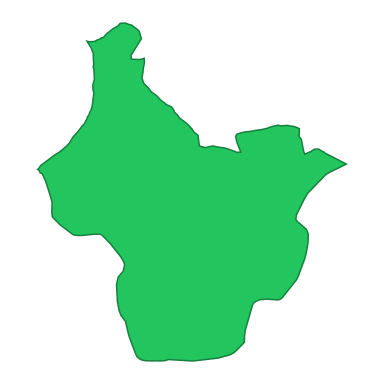 the district of Sardauna, Taraba, Nigeria
{"feature_id": "59680162B82734256395858", "entity_name": "Sardauna", "entity_type": "district", "adm_level": 2, "iso_a3": "NGA", "parent_name": "Nigeria", "parent_adm1": "Taraba", "projection": "orthographic", "projection_center": [11.214, 6.896], "detail": "fine", "context": "isolated", "style": "filled", "palette": "green", "viewbox_px": 384, "rotation_deg": 0, "n_neighbors": 0, "source": "geoboundaries", "source_scale": "gbopen_adm2", "svg_char_len": 2944}
<svg xmlns="http://www.w3.org/2000/svg" viewBox="0 0 384 384"><path d="M87.0,41.2L88.4,43.6L91.1,47.9L93.1,52.9L93.3,56.0L93.4,59.2L93.7,64.2L93.2,67.4L93.9,69.2L93.9,69.8L94.0,71.8L94.2,74.9L94.4,79.3L92.8,85.1L93.0,89.5L93.8,93.2L93.4,97.0L92.9,100.2L92.5,104.0L92.0,106.6L90.9,110.4L89.7,112.3L89.2,114.3L87.5,116.9L87.0,118.8L85.8,120.7L84.7,123.3L83.5,124.6L81.7,126.6L78.8,130.5L77.1,132.5L73.5,136.4L72.1,138.5L71.8,139.0L69.5,142.9L66.5,146.2L64.8,147.5L61.8,150.2L58.2,152.9L55.8,154.2L52.4,156.7L40.6,165.6L38.6,168.6L37.7,169.4L38.7,169.9L40.3,173.0L42.1,173.5L45.2,180.3L45.9,182.1L49.5,193.3L51.1,198.7L52.1,202.7L51.8,212.7L52.4,217.0L59.8,224.6L72.7,234.4L74.4,235.1L79.1,235.5L83.8,235.3L94.9,234.1L99.8,234.2L101.8,234.9L104.3,237.5L110.7,244.1L112.9,247.0L115.5,250.2L119.1,254.6L120.6,256.6L122.3,259.3L123.2,260.9L124.7,264.4L123.2,271.1L118.2,277.1L116.5,284.6L117.4,301.4L119.0,310.1L120.9,315.3L124.2,319.8L125.5,321.4L126.9,327.4L128.0,332.3L128.3,333.4L129.4,337.3L134.8,351.8L136.3,355.3L137.2,356.9L139.9,359.1L141.6,359.9L145.9,360.8L160.7,360.9L164.4,360.7L166.4,360.3L168.1,359.5L172.4,359.8L189.6,360.8L191.6,361.0L193.8,360.9L218.1,358.1L229.6,354.9L231.4,354.2L234.5,352.2L235.8,351.0L242.1,344.8L244.4,342.2L244.5,337.1L244.9,333.0L245.2,330.6L252.5,305.1L253.3,303.4L256.1,301.2L259.6,299.8L266.3,299.1L277.8,299.9L279.8,299.4L281.3,298.5L282.6,297.3L289.0,289.2L296.0,280.4L297.0,278.9L298.5,275.7L298.6,275.4L304.7,258.8L305.3,256.8L306.7,250.6L308.1,241.9L308.3,234.4L307.0,230.6L306.1,229.1L299.5,223.2L298.9,222.8L298.0,222.2L295.8,219.4L296.4,214.9L304.8,198.1L307.1,194.4L307.6,193.4L325.8,174.6L328.8,172.7L346.3,164.1L345.9,163.9L334.2,157.8L326.2,153.7L325.2,153.2L324.1,152.1L321.5,151.0L319.0,149.2L316.0,149.0L313.8,149.5L311.1,151.4L304.7,154.2L303.5,150.6L301.3,139.2L299.1,136.4L299.4,128.7L296.8,127.5L293.7,126.4L289.9,126.0L288.1,125.4L285.0,125.6L280.6,125.8L278.1,125.2L274.5,126.0L270.8,126.8L267.1,128.3L264.1,129.0L260.4,129.8L257.9,130.0L253.6,130.8L248.1,131.7L245.6,131.8L242.5,132.5L239.5,133.3L237.0,134.1L235.6,136.3L236.8,142.1L240.8,152.1L236.9,152.3L231.9,150.3L224.8,148.0L220.9,147.5L218.2,147.0L216.8,146.8L212.8,145.9L205.1,147.6L199.4,146.0L198.0,135.2L194.8,132.8L193.5,131.6L192.2,129.2L191.6,128.6L188.9,125.5L186.3,123.1L183.1,120.7L179.9,118.4L177.2,114.7L174.6,112.3L173.3,109.2L171.3,106.8L166.2,104.5L164.3,102.7L162.4,101.5L159.8,99.1L157.1,96.1L153.9,93.7L151.4,91.9L148.7,88.2L145.5,85.2L143.5,82.8L142.0,77.8L143.0,72.1L143.4,67.6L143.9,65.7L144.4,62.6L144.3,60.0L144.2,58.3L141.5,59.2L138.7,59.5L131.4,59.2L131.0,55.4L141.4,38.7L139.9,33.7L139.2,31.2L136.6,28.8L134.0,27.1L132.1,25.3L130.2,24.7L128.3,24.2L125.2,23.0L122.7,23.2L120.2,23.3L118.3,25.7L115.5,27.3L113.1,28.6L111.3,30.0L108.9,32.0L107.1,33.3L105.9,34.6L103.6,37.3L101.1,38.0L99.3,39.3L96.9,40.1L94.5,41.5L92.0,41.6L88.9,41.7L87.0,41.2Z" fill="#22c55e" stroke="#15803d" stroke-width="1.5"/></svg>